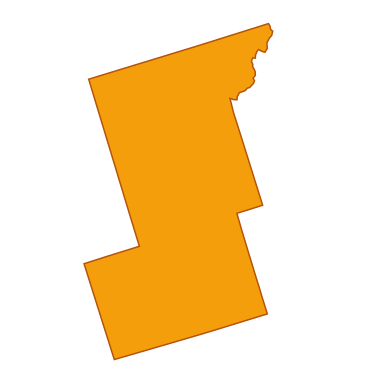 the district of Ministro Andreazza, Rondônia, Brazil, rotated 163°
{"feature_id": "56859067B65241232430905", "entity_name": "Ministro Andreazza", "entity_type": "district", "adm_level": 2, "iso_a3": "BRA", "parent_name": "Brazil", "parent_adm1": "Rondônia", "projection": "orthographic", "projection_center": [-61.644, -11.16], "detail": "fine", "context": "isolated", "style": "filled", "palette": "amber", "viewbox_px": 384, "rotation_deg": 163, "n_neighbors": 0, "source": "geoboundaries", "source_scale": "gbopen_adm2", "svg_char_len": 884}
<svg xmlns="http://www.w3.org/2000/svg" viewBox="0 0 384 384"><g transform="rotate(163 192 192)"><path d="M315.3,54.5L271.6,53.9L247.9,53.6L219.7,53.3L155.6,53.4L155.7,71.4L155.6,83.1L155.7,86.8L155.7,116.4L155.6,137.7L155.6,142.1L155.3,158.5L135.2,158.6L128.3,158.7L128.4,172.2L128.8,230.0L129.1,255.8L128.3,270.4L125.1,268.1L122.0,267.1L120.8,270.0L117.7,273.1L111.8,273.3L108.7,275.1L106.3,275.1L101.6,277.8L99.7,280.0L100.3,282.8L97.3,285.1L96.4,288.8L96.6,291.2L97.4,293.9L96.5,296.5L97.0,299.6L94.8,302.5L92.3,301.5L91.2,304.4L88.9,307.3L86.7,308.8L83.7,305.8L81.4,304.3L78.0,307.3L76.8,312.7L72.8,316.7L70.0,318.4L67.8,322.2L69.3,324.6L68.9,327.9L69.6,330.7L146.5,330.1L160.2,330.1L188.4,330.1L202.4,330.1L216.8,330.1L257.8,330.1L257.9,304.4L258.0,262.5L258.2,186.3L258.2,155.5L291.7,155.3L316.2,155.0L315.3,54.5Z" fill="#f59e0b" stroke="#b45309" stroke-width="1.5"/></g></svg>